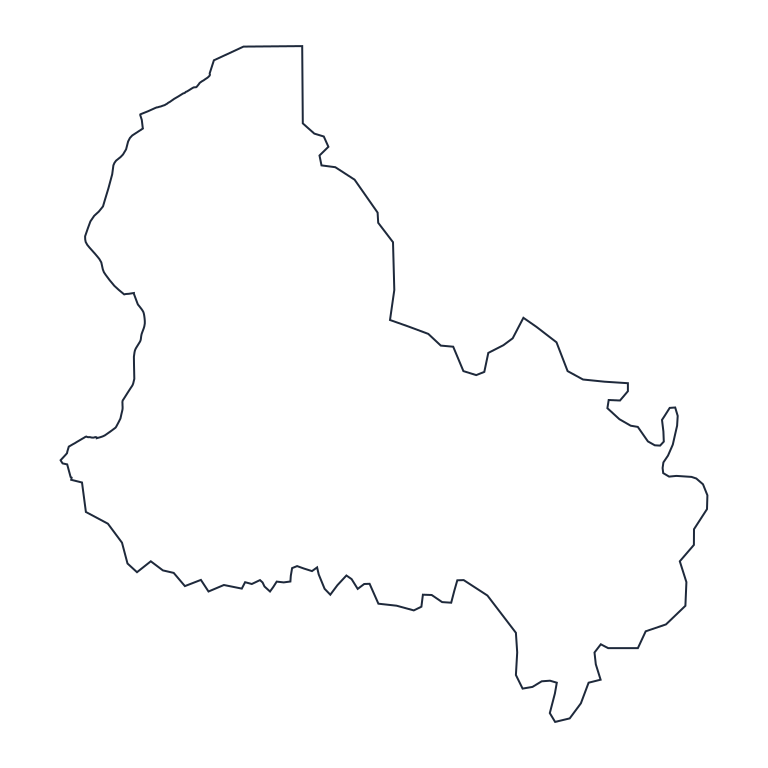 Santa Clara de Olimar, Treinta y Tres, Uruguay (Equal Earth projection)
{"feature_id": "84410073B4771641932521", "entity_name": "Santa Clara de Olimar", "entity_type": "district", "adm_level": 2, "iso_a3": "URY", "parent_name": "Uruguay", "parent_adm1": "Treinta y Tres", "projection": "equal_earth", "projection_center": [-54.951, -33.024], "detail": "fine", "context": "isolated", "style": "outline", "palette": "slate", "viewbox_px": 768, "rotation_deg": 0, "n_neighbors": 0, "source": "geoboundaries", "source_scale": "gbopen_adm2", "svg_char_len": 4129}
<svg xmlns="http://www.w3.org/2000/svg" viewBox="0 0 768 768"><path d="M144.4,316.9L144.6,318.6L144.8,321.0L144.8,322.3L144.8,323.5L144.3,326.4L143.7,328.4L142.2,332.4L141.6,334.1L141.4,335.1L141.2,336.1L140.9,338.6L140.8,339.3L140.6,340.1L140.3,341.0L139.9,341.8L136.0,348.1L135.4,349.3L134.9,350.6L134.7,351.5L134.5,352.4L133.9,356.8L134.0,364.2L134.3,378.3L134.3,379.0L134.1,379.7L133.2,383.5L133.0,384.0L132.7,384.8L132.3,385.6L130.5,388.3L127.6,392.8L123.3,399.6L122.9,400.1L122.6,400.8L122.5,401.4L122.4,402.4L122.5,403.8L122.5,405.2L122.6,406.7L122.6,407.5L122.6,408.3L122.5,409.3L122.3,410.4L121.8,412.5L121.3,414.6L120.6,417.8L120.5,418.3L120.3,418.8L118.5,422.4L116.2,426.7L115.8,427.3L115.5,427.7L115.1,428.0L110.8,431.2L104.8,435.4L102.7,436.4L100.3,437.2L96.7,438.2L96.6,437.5L96.6,437.4L96.4,437.3L96.2,437.2L95.9,437.2L95.4,437.1L94.9,437.2L94.4,437.4L93.7,437.6L92.7,437.6L91.9,437.6L90.6,437.3L89.8,437.1L89.2,437.1L88.5,437.2L87.6,437.1L86.5,436.7L86.4,436.6L85.5,436.8L84.1,437.7L82.0,438.9L80.5,439.8L78.8,440.8L76.9,441.9L75.0,443.1L72.6,444.4L69.9,446.0L68.8,446.6L67.4,451.3L67.0,453.2L65.8,454.6L63.5,457.1L60.6,460.2L61.4,461.6L62.6,463.4L64.9,463.9L67.2,464.4L68.7,470.0L70.6,477.0L71.6,477.6L71.2,479.8L82.0,482.5L85.9,512.0L107.9,523.7L122.0,542.7L127.5,563.5L137.0,572.2L150.8,561.3L162.9,570.4L173.7,572.9L184.9,586.1L200.9,579.9L208.5,591.5L223.9,585.0L241.8,588.6L245.1,582.2L251.8,584.0L260.0,580.1L262.6,582.5L264.5,586.5L270.0,591.5L273.2,587.1L276.7,581.6L283.7,582.4L290.4,581.5L290.8,575.8L292.1,568.1L297.1,566.1L303.8,568.5L312.0,571.1L317.1,567.4L318.7,574.4L324.6,588.8L330.3,594.7L337.4,585.2L346.4,575.5L351.6,579.1L357.7,588.9L364.2,584.0L369.6,583.8L378.4,603.7L396.6,605.7L413.8,610.4L421.4,606.7L422.9,594.7L431.7,595.0L442.1,602.1L451.2,602.7L454.3,590.8L457.3,580.3L463.7,580.1L487.4,595.5L515.9,632.8L517.2,652.4L515.9,675.0L522.6,688.6L532.5,686.9L541.7,681.3L550.0,680.7L556.8,682.7L554.9,693.5L549.8,713.1L555.1,721.9L569.7,718.4L580.9,703.3L588.6,682.7L600.6,679.7L595.8,664.3L594.5,652.5L600.8,644.3L608.1,648.1L637.9,648.1L645.7,631.3L666.0,624.4L685.4,605.8L686.4,582.1L679.8,561.3L693.9,544.9L694.0,529.2L707.0,509.1L707.4,495.3L703.0,484.3L696.3,478.5L691.5,476.9L676.4,475.9L669.1,476.6L663.2,473.1L662.6,468.0L663.4,462.4L668.0,455.6L672.8,444.6L674.7,436.2L677.1,425.7L677.7,415.9L675.2,407.5L669.7,407.9L664.5,416.1L662.0,419.9L663.4,431.5L663.8,441.6L660.1,445.6L654.8,445.3L647.9,441.4L637.8,426.9L630.7,425.7L619.4,419.2L607.4,408.2L608.7,400.0L620.0,400.5L627.9,391.2L627.9,383.2L604.6,381.7L583.0,379.5L567.6,371.1L556.5,342.3L536.5,326.9L523.4,317.8L512.7,338.3L503.4,345.2L488.3,352.9L484.3,371.9L476.2,375.1L463.4,371.1L453.2,346.7L440.8,345.6L428.3,333.9L408.7,326.6L390.0,320.0L394.3,290.0L393.0,242.2L378.2,222.8L377.6,212.6L354.6,179.7L335.3,167.2L321.5,165.4L319.5,155.5L328.4,146.8L323.8,136.5L314.3,133.6L302.8,123.4L302.2,46.1L243.5,46.6L213.9,60.3L209.7,73.3L209.7,73.8L209.9,74.5L209.9,74.8L209.8,75.2L209.4,75.9L208.3,77.0L207.5,77.7L205.2,79.2L203.7,80.3L201.9,81.3L201.5,81.6L200.5,82.3L199.6,83.0L198.8,84.2L197.6,85.7L196.7,86.8L196.1,87.2L194.8,87.3L193.7,87.4L192.9,87.8L191.4,88.7L188.9,90.3L186.9,91.5L185.8,91.9L185.1,92.6L184.6,93.0L183.9,93.2L183.0,93.5L181.9,94.2L178.4,96.4L174.1,98.9L169.7,102.0L168.5,102.6L167.8,103.1L167.1,103.7L166.6,104.0L165.8,104.4L164.7,105.1L162.5,105.8L161.0,106.4L158.9,106.9L157.8,107.3L156.7,107.4L155.0,108.1L147.9,111.3L140.4,114.3L140.2,114.9L141.8,120.0L142.7,127.5L142.9,128.5L132.2,135.5L129.9,138.0L128.1,141.5L126.1,149.3L123.0,154.5L120.6,157.0L116.1,160.6L114.5,162.8L113.4,165.3L112.2,174.3L108.4,188.4L105.0,199.6L103.0,206.4L98.8,211.6L94.2,215.8L90.4,221.4L87.9,228.2L85.1,236.3L85.2,239.4L85.7,242.0L87.3,244.9L89.6,247.7L95.3,254.1L99.2,258.8L101.3,262.4L102.8,269.3L103.9,272.2L105.7,274.9L109.5,280.0L114.4,285.9L118.9,290.0L124.2,294.4L125.9,294.0L128.8,293.8L133.9,293.0L133.9,293.5L133.9,293.8L134.0,294.1L137.3,303.0L137.9,304.5L139.3,306.2L141.4,308.9L142.5,310.5L143.3,311.9L143.7,313.1L144.0,314.4L144.2,315.5L144.4,316.9Z" fill="none" stroke="#1e293b" stroke-width="2"/></svg>